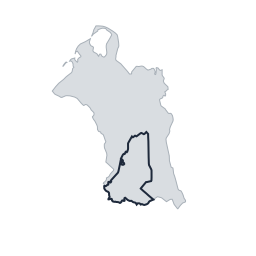 Mary on a map of Turkmenistan (orthographic projection), rotated 42°
{"feature_id": "TKM-360", "entity_name": "Mary", "entity_type": "Province", "adm_level": 1, "iso_a3": "TKM", "parent_name": "Turkmenistan", "parent_adm1": "", "projection": "orthographic", "projection_center": [62.192, 37.327], "detail": "fine", "context": "in_parent", "style": "outline", "palette": "slate", "viewbox_px": 256, "rotation_deg": 42, "n_neighbors": 0, "source": "natural_earth", "source_scale": "10m", "svg_char_len": 6631}
<svg xmlns="http://www.w3.org/2000/svg" viewBox="0 0 256 256"><g transform="rotate(42 128 128)"><path d="M79.7,85.1L89.9,86.3L93.0,86.9L94.4,85.5L94.3,85.1L93.9,84.8L93.2,83.7L92.9,76.7L93.9,75.8L94.9,75.1L96.5,73.0L97.3,72.4L98.5,71.9L102.4,71.9L104.1,71.6L105.6,69.1L105.9,67.7L107.1,66.6L107.6,66.6L110.2,67.7L110.8,68.3L111.6,70.1L112.6,70.0L112.7,69.8L112.6,69.3L111.9,68.2L110.4,66.0L108.8,64.7L108.7,64.2L110.1,63.3L112.9,63.8L113.6,63.5L114.4,61.9L117.8,65.7L118.5,66.1L121.4,66.7L121.9,67.2L122.8,69.4L123.8,70.0L125.0,70.5L130.1,70.7L131.7,72.2L132.0,72.5L131.6,73.5L131.5,75.5L131.1,76.2L131.3,76.6L133.1,77.4L134.2,78.7L134.3,79.2L134.0,79.6L133.1,79.4L132.7,79.9L132.7,80.9L133.3,81.9L133.4,82.8L132.5,84.8L132.4,85.6L132.7,86.1L137.4,89.3L138.1,89.4L142.7,88.9L143.6,89.2L147.6,90.0L148.7,89.9L149.4,88.9L150.2,88.5L150.9,88.5L152.8,89.1L154.8,90.5L156.1,91.7L156.8,92.8L158.6,98.7L159.8,101.2L161.2,102.4L162.3,104.8L163.1,109.8L163.7,110.9L165.9,112.9L177.3,121.1L180.8,124.7L186.2,128.2L188.2,127.7L192.5,131.4L195.2,132.8L198.7,135.0L206.1,139.9L207.7,140.1L209.4,139.3L210.9,139.7L213.7,140.9L216.7,142.7L219.2,143.3L220.0,144.2L220.1,144.6L218.8,147.2L218.7,150.4L219.1,154.7L218.4,154.8L213.4,153.9L208.6,151.4L207.5,152.3L207.0,153.2L205.9,157.0L199.6,157.4L195.9,159.3L192.7,171.5L192.0,173.1L189.9,175.1L186.3,177.1L185.7,177.9L185.6,178.6L185.2,178.9L183.1,178.9L175.3,181.7L173.6,181.7L172.9,181.9L172.7,182.4L173.5,184.8L172.8,185.5L172.4,186.7L172.0,188.8L166.8,192.1L165.7,192.5L163.7,192.2L162.6,192.5L161.5,193.6L161.0,193.3L160.7,192.2L160.2,191.5L156.9,188.9L153.2,189.3L151.8,189.1L150.8,188.6L149.1,187.1L148.0,185.6L146.8,185.8L146.5,185.1L146.5,184.3L146.8,183.4L146.7,181.5L146.1,180.2L145.4,179.6L146.2,177.5L146.2,176.0L145.7,174.3L145.6,171.8L145.7,169.4L145.0,168.2L134.3,168.1L130.6,162.4L129.0,161.0L123.8,158.5L122.4,157.2L121.2,155.8L121.0,153.9L120.4,152.7L119.6,152.5L115.5,150.2L113.9,149.5L111.6,150.0L110.3,149.3L108.7,150.1L108.0,150.1L106.3,149.5L104.3,147.4L102.6,146.5L99.0,145.1L96.5,144.6L94.3,143.7L94.0,143.4L94.1,141.7L93.8,140.9L93.2,140.1L92.3,139.4L88.5,139.2L86.7,138.5L85.3,138.3L82.2,138.2L81.2,138.6L80.6,139.1L80.1,140.8L79.8,141.0L76.8,140.9L70.5,140.0L67.7,140.7L63.4,142.9L60.9,144.9L60.1,145.8L58.4,149.5L57.8,150.0L56.9,150.3L56.1,150.3L52.2,151.5L50.7,151.8L47.0,151.2L46.6,145.6L46.6,141.1L47.6,135.0L47.8,131.1L48.9,125.1L48.8,123.6L47.1,120.8L47.1,119.0L45.9,118.8L44.2,117.1L42.4,116.3L41.5,116.2L40.6,116.5L39.9,117.4L39.6,115.9L39.8,114.5L41.6,111.6L42.4,112.6L43.4,113.0L46.3,113.1L46.1,112.0L44.8,110.8L44.6,109.5L44.8,108.0L45.3,106.7L45.0,106.2L44.4,105.8L42.8,105.7L39.0,104.8L38.3,106.3L39.2,108.5L37.7,106.0L36.7,103.4L36.2,100.5L36.4,97.4L38.4,92.7L40.3,86.8L41.5,89.4L42.5,90.7L44.8,91.6L46.0,91.6L47.3,91.0L48.5,91.3L50.2,94.1L51.5,94.5L54.5,93.8L55.8,93.7L57.0,94.2L58.2,94.3L57.7,93.1L57.6,91.9L58.4,91.3L60.6,92.1L62.4,91.6L62.8,91.3L63.0,90.3L62.9,88.2L62.6,87.3L61.7,86.0L58.0,82.8L56.8,81.5L55.8,79.9L54.6,73.8L53.6,69.8L53.1,69.3L50.9,68.8L46.5,69.4L45.0,69.0L44.3,69.3L42.3,70.8L41.4,72.1L39.9,75.1L40.6,76.2L39.4,81.4L39.6,83.7L39.4,83.9L38.4,80.9L36.9,77.9L35.9,73.5L38.8,71.0L41.2,69.2L43.7,68.0L46.3,67.2L51.9,66.2L55.0,65.9L57.5,66.0L59.3,67.1L64.1,71.0L66.2,73.1L66.7,73.9L67.2,75.8L70.5,82.1L71.3,83.0L72.7,85.1L74.0,85.7L79.7,85.1ZM38.5,125.2L38.3,126.0L37.8,123.5L37.7,120.8L38.3,120.1L38.8,120.2L38.2,121.1L38.5,125.2Z" fill="#d9dde1" stroke="#a8b0b8" stroke-width="1"/><path d="M194.8,164.2L193.4,167.0L193.2,167.5L193.0,168.2L193.0,168.6L193.0,168.9L193.1,169.3L193.3,169.9L193.3,170.3L193.3,171.0L193.1,171.6L192.9,172.2L191.9,173.9L191.6,174.3L191.1,174.6L190.7,174.8L189.6,175.1L189.4,175.2L189.2,175.3L189.0,175.6L188.8,176.3L188.7,176.4L188.3,176.2L187.7,176.2L187.2,176.3L186.7,176.5L185.8,177.3L185.6,177.5L185.5,177.8L185.5,178.1L185.7,178.9L185.7,179.1L184.3,178.6L183.9,178.5L183.7,178.6L183.1,178.7L181.8,179.5L181.2,179.7L179.5,179.8L179.2,179.9L179.0,180.0L178.8,180.2L178.5,180.7L178.3,180.9L177.1,181.4L175.9,181.7L172.9,181.7L172.6,181.7L172.4,182.0L172.3,182.3L172.4,182.5L172.6,182.7L172.6,183.0L173.4,183.9L173.6,184.1L174.1,184.3L174.1,184.5L173.7,185.0L172.6,185.3L172.2,185.7L172.2,186.0L172.3,186.9L172.3,187.1L172.5,187.3L172.5,188.0L172.4,188.6L172.3,188.9L172.1,189.1L171.9,189.2L171.3,189.3L171.0,189.3L170.1,189.8L168.8,190.8L168.7,190.9L167.8,191.3L167.5,191.7L167.3,191.9L167.1,192.1L166.9,192.2L165.9,192.7L165.7,192.7L165.1,192.5L164.8,192.6L164.7,192.6L163.6,191.7L163.2,191.7L162.8,192.1L161.4,194.0L161.2,194.1L161.0,193.9L160.8,193.3L160.7,193.0L160.7,192.3L160.7,192.0L160.6,191.7L160.4,191.5L160.2,191.3L159.5,190.9L159.1,190.7L157.6,189.2L157.3,189.0L156.9,188.8L156.0,188.7L154.3,189.3L153.5,189.4L151.6,189.1L150.7,188.7L150.1,188.0L149.2,187.1L149.2,186.9L149.3,186.7L149.5,186.6L150.0,186.3L150.1,186.2L150.5,185.7L150.6,185.3L150.7,184.0L150.8,183.9L150.9,183.7L151.2,183.4L151.2,183.2L150.9,183.0L150.4,182.4L150.2,182.2L149.9,181.8L149.6,181.4L149.6,181.1L149.8,180.9L150.2,180.7L150.6,180.7L150.8,180.7L151.0,180.6L151.2,180.4L151.3,180.4L151.5,180.2L151.5,179.3L151.4,179.1L150.8,179.1L150.6,179.0L150.5,178.9L150.4,178.0L150.4,172.9L150.4,167.8L149.7,166.3L146.6,160.9L146.1,160.1L143.6,155.9L143.8,155.7L144.4,155.7L144.7,155.7L144.9,155.7L145.5,155.8L145.9,156.1L146.1,156.4L146.4,157.0L146.6,157.4L146.7,157.8L146.7,158.7L146.7,158.8L146.9,159.0L147.0,159.1L147.3,159.2L147.4,159.3L147.7,159.3L147.9,159.3L148.0,159.2L148.4,159.1L148.7,158.9L148.8,158.8L149.0,158.6L149.1,158.4L149.2,158.1L149.3,157.9L149.3,157.6L149.3,157.4L149.2,157.3L149.2,157.2L148.8,156.9L148.2,156.7L147.8,156.7L147.7,156.8L147.3,156.9L147.1,157.0L146.9,157.1L146.2,155.8L146.1,155.7L145.9,155.5L145.6,155.5L144.4,155.4L144.1,155.4L143.8,155.4L143.6,155.4L143.4,155.4L143.2,155.4L142.1,151.3L142.1,150.4L142.3,149.9L142.6,149.9L142.8,149.8L142.9,149.6L142.8,149.1L142.2,147.2L142.3,146.9L142.5,146.8L143.0,146.7L143.3,146.7L143.3,146.1L142.3,143.9L141.7,143.1L138.4,139.5L138.1,138.7L136.6,131.7L137.3,131.8L137.5,131.8L137.8,131.7L137.9,131.4L138.0,131.1L138.3,129.4L138.3,129.1L138.5,128.9L139.5,128.7L139.8,128.6L139.9,128.2L140.0,128.0L140.9,123.3L141.3,122.7L143.1,122.2L143.9,122.0L144.0,121.7L144.2,121.4L144.3,118.7L147.0,119.0L147.4,119.5L149.4,121.6L152.0,124.2L162.9,135.9L167.3,140.5L168.5,141.5L169.9,142.0L173.0,143.2L173.9,143.8L178.7,149.1L180.5,151.3L180.7,152.0L178.9,154.5L178.4,155.3L178.1,155.6L177.6,156.1L177.9,164.0L178.0,164.5L178.4,164.5L181.7,164.5L184.9,164.4L188.8,164.4L191.6,164.3L194.8,164.2L194.8,164.2Z" fill="none" stroke="#1e293b" stroke-width="2"/></g></svg>